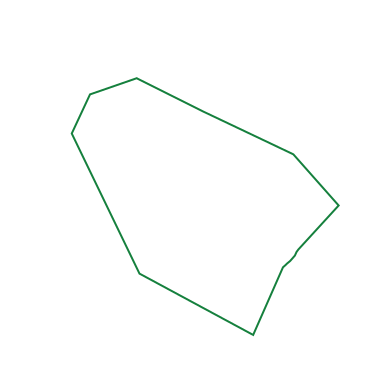 the district of Mine', Praslin, Saint Lucia, rotated 42°
{"feature_id": "8701671B24039630787071", "entity_name": "Mine'", "entity_type": "district", "adm_level": 2, "iso_a3": "LCA", "parent_name": "Saint Lucia", "parent_adm1": "Praslin", "projection": "equal_earth", "projection_center": [-60.908, 13.873], "detail": "fine", "context": "isolated", "style": "outline", "palette": "green", "viewbox_px": 384, "rotation_deg": 42, "n_neighbors": 0, "source": "geoboundaries", "source_scale": "gbopen_adm2", "svg_char_len": 376}
<svg xmlns="http://www.w3.org/2000/svg" viewBox="0 0 384 384"><g transform="rotate(42 192 192)"><path d="M333.1,257.3L310.0,187.1L310.4,183.6L310.5,181.6L311.1,177.6L311.0,170.4L309.8,166.6L309.5,163.5L310.0,103.9L242.1,96.2L227.3,100.6L146.5,124.7L75.1,144.4L74.8,144.4L50.9,187.7L63.5,229.0L207.6,287.8L333.1,257.3Z" fill="none" stroke="#15803d" stroke-width="2"/></g></svg>